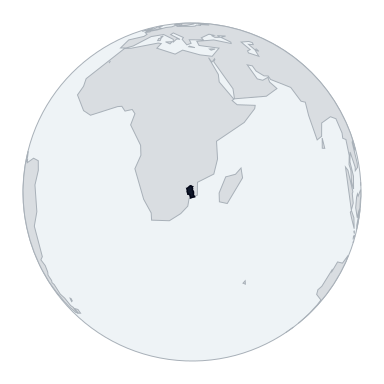 globe centered on Gaza, rotated 8°
{"feature_id": "MOZ-1207", "entity_name": "Gaza", "entity_type": "Province", "adm_level": 1, "iso_a3": "MOZ", "parent_name": "Mozambique", "parent_adm1": "", "projection": "orthographic", "projection_center": [33.324, -23.335], "detail": "fine", "context": "on_globe", "style": "filled", "palette": "ink", "viewbox_px": 384, "rotation_deg": 8, "n_neighbors": 0, "source": "natural_earth", "source_scale": "10m", "svg_char_len": 6753}
<svg xmlns="http://www.w3.org/2000/svg" viewBox="0 0 384 384"><g transform="rotate(8 192 192)"><circle cx="192" cy="192" r="169" fill="#eef3f6" stroke="#a8b0b8"/><path d="M23.9,175.5L24.2,174.4L24.3,179.5L24.0,184.4L24.7,183.3L24.8,185.9L30.4,180.6L35.4,182.4L36.8,192.0L35.5,206.9L41.1,233.1L40.6,247.8L45.1,258.5L52.8,276.9L51.8,280.2L56.9,285.3L60.3,291.4L61.0,294.4L65.3,299.2L66.0,301.3L68.4,302.8L75.7,311.4L80.7,314.8L87.6,321.3L90.9,323.0L91.2,323.8L93.2,325.6L95.4,327.0L93.8,327.5L86.5,322.8L81.9,319.1L82.3,319.7L72.1,310.2L74.7,313.0L63.2,301.2L54.1,289.6L50.6,284.4L44.0,273.5L38.3,262.2L33.5,250.4L29.5,238.4L26.5,226.0L24.4,213.5L23.3,200.8L23.1,188.1L23.9,175.5ZM98.5,327.5L94.9,328.1L96.0,327.4L91.7,323.7L95.4,324.2L98.5,327.5ZM88.0,317.3L86.0,314.1L87.0,314.3L88.6,316.5L88.0,317.3ZM199.1,23.2L198.1,23.2L191.8,23.0L196.8,23.3L196.8,23.2L199.9,23.3L202.2,23.3L202.7,23.4L204.6,23.5L216.5,24.8L228.4,27.0L240.1,30.0L251.6,33.9L262.8,38.6L273.6,44.0L284.0,50.3L293.9,57.2L303.3,64.8L312.1,73.1L320.3,82.0L327.8,91.5L334.7,101.5L340.8,111.9L346.1,122.8L345.6,121.9L346.4,124.1L343.8,118.7L343.7,120.7L351.5,140.2L352.5,144.6L350.7,148.2L350.1,144.6L343.0,130.4L344.2,140.1L349.7,153.9L351.6,166.6L348.5,159.6L346.3,148.3L343.7,143.0L342.6,134.0L337.1,118.6L333.8,117.8L332.4,112.7L324.3,99.4L318.6,98.2L310.8,105.6L312.6,118.8L308.7,123.0L296.9,100.1L291.7,87.3L287.3,86.9L275.2,74.7L254.1,69.6L251.2,66.5L247.2,67.0L238.6,63.3L234.2,58.7L229.0,58.4L240.9,70.9L246.5,71.5L251.2,67.9L253.5,72.3L261.7,77.7L252.3,86.8L221.1,93.8L218.2,84.0L195.4,60.0L196.2,57.6L196.1,57.4L195.8,56.9L193.6,60.7L189.7,56.7L201.7,71.9L203.6,79.2L220.6,94.3L219.0,95.8L224.5,99.3L242.5,97.4L242.5,100.7L234.0,115.9L209.2,138.3L212.7,155.7L211.1,171.2L196.1,181.6L197.7,194.4L190.0,199.1L189.8,206.6L183.8,215.0L173.6,223.6L155.9,225.5L154.5,218.4L145.2,206.0L132.2,176.9L136.3,162.7L134.6,152.9L121.9,134.1L124.6,122.4L121.3,118.6L114.4,121.2L110.6,116.9L106.4,117.8L80.8,130.1L73.3,126.5L65.1,111.8L69.9,102.4L71.4,94.5L105.2,59.3L111.8,58.1L137.8,49.2L140.9,49.3L137.2,54.5L156.1,57.8L163.0,52.8L180.8,55.1L193.1,54.8L198.7,45.8L178.6,45.9L175.8,42.1L192.4,38.4L210.1,39.5L209.6,38.2L199.0,34.8L203.6,32.9L195.3,33.6L198.3,34.9L193.2,35.7L190.2,34.6L191.9,33.8L186.8,33.4L179.8,38.0L182.0,39.8L168.1,41.6L170.4,44.9L166.4,47.0L161.0,42.2L162.0,40.2L151.3,37.1L149.0,39.1L158.9,42.5L155.6,42.5L152.6,46.1L152.2,43.4L142.0,40.0L129.9,43.8L113.4,55.6L106.5,58.6L101.2,59.3L108.2,50.2L122.8,44.6L125.5,42.1L123.5,40.6L128.1,39.3L129.0,38.3L134.6,36.5L143.4,32.7L149.2,31.2L153.5,28.7L157.1,27.9L153.5,29.4L154.2,30.1L168.8,28.0L171.9,27.3L173.5,26.0L177.3,25.9L177.0,25.0L185.8,24.3L174.8,24.7L176.4,24.0L182.2,23.4L180.8,23.4L171.4,24.5L169.4,25.0L170.8,25.2L163.8,27.6L158.6,28.7L158.5,27.1L151.1,28.7L154.3,27.4L161.7,25.8L174.1,24.0L186.5,23.1L199.1,23.2ZM93.0,73.6L91.9,75.9L93.0,73.6ZM228.6,46.4L239.3,48.3L234.8,42.8L238.6,43.3L235.7,41.4L234.5,42.4L227.4,37.9L232.1,37.5L231.0,35.7L227.3,35.0L219.8,36.7L229.8,42.9L227.3,44.5L228.6,46.4ZM128.8,35.8L130.4,35.4L127.7,36.8L120.4,39.9L124.1,37.8L128.8,35.8ZM133.2,34.8L135.2,33.0L139.9,31.5L136.9,32.6L139.8,31.7L135.8,33.3L138.3,34.0L136.2,35.4L123.7,39.6L129.0,37.3L127.1,37.6L133.2,34.8ZM144.9,47.0L147.4,46.7L151.4,45.9L149.6,48.4L144.9,47.0ZM137.7,44.6L140.1,43.8L139.4,46.5L136.9,46.9L137.7,44.6ZM141.9,41.4L140.2,43.6L139.6,42.7L141.9,41.4ZM155.8,28.9L158.3,28.4L158.4,28.6L156.7,29.3L155.8,28.9ZM195.0,47.2L191.2,48.9L189.4,48.0L191.1,47.6L195.0,47.2ZM169.1,47.9L174.8,48.6L168.5,48.6L169.1,47.9ZM257.0,272.5L257.7,275.8L255.2,275.2L257.0,272.5ZM240.1,171.0L228.5,198.5L220.5,197.9L219.0,189.2L223.3,172.3L232.6,168.4L237.2,161.4L240.1,171.0ZM358.1,212.7L358.2,215.9L358.1,216.6L358.1,212.7ZM358.1,207.6L358.6,210.6L357.8,208.8L358.1,207.6ZM358.7,211.8L359.1,213.3L359.3,213.4L359.0,214.7L358.7,211.8ZM357.7,205.8L353.7,195.8L351.6,190.0L352.5,188.2L355.9,195.0L357.7,205.8ZM352.3,187.8L348.6,174.6L340.5,145.9L343.4,148.8L351.3,169.4L350.9,171.2L353.2,180.5L352.3,187.8ZM359.7,188.1L359.2,194.5L357.4,188.4L356.3,184.8L355.7,174.3L356.1,170.8L357.1,172.9L358.7,166.1L359.8,172.6L359.8,176.2L360.5,184.5L359.7,188.1ZM313.4,120.4L317.4,130.3L314.9,130.5L313.4,120.4ZM357.9,160.2L358.2,162.3L357.6,158.7L357.9,160.2ZM348.0,128.1L347.0,126.7L346.2,124.5L346.9,125.1L348.0,128.1ZM304.3,318.2L305.0,317.6L311.2,311.7L310.9,312.1L304.3,318.2ZM315.5,307.3L319.1,303.2L326.8,293.8L326.1,294.3L329.4,290.3L327.2,292.8L331.7,286.3L334.7,281.0L329.7,276.1L330.3,271.2L333.7,267.3L341.4,249.9L341.6,251.3L345.9,241.0L350.9,241.5L355.6,232.8L354.2,239.2L354.4,238.7L350.2,251.3L345.1,263.5L339.0,275.3L332.0,286.6L324.2,297.3L315.5,307.3ZM358.7,219.3L358.3,219.7L359.0,217.8L358.8,218.9L358.7,219.3ZM360.9,189.2L360.7,187.7L360.8,193.0L361.0,193.7L360.8,195.0L360.4,204.5L360.1,206.4L360.6,196.4L360.0,203.6L359.8,201.9L360.2,194.3L360.6,187.5L360.8,185.6L360.9,187.6L360.9,189.2Z" fill="#d9dde1" stroke="#a8b0b8" stroke-width="1"/><path d="M189.6,186.0L189.9,186.2L189.9,186.3L190.1,186.2L190.1,186.3L190.6,186.5L190.9,186.6L191.0,186.6L191.0,186.8L191.3,186.9L191.4,186.7L191.5,186.6L191.8,186.6L191.7,186.8L191.6,187.0L191.5,187.4L191.5,187.5L191.8,187.9L192.0,188.1L192.0,188.3L192.1,188.5L192.1,188.8L192.1,189.1L192.0,189.3L191.9,189.5L192.0,189.8L192.1,190.0L192.3,190.2L192.3,190.3L192.5,190.4L192.6,190.5L192.8,190.6L192.9,190.8L193.0,190.9L193.0,191.0L193.1,191.3L193.3,191.4L193.4,191.5L193.5,191.8L193.5,192.0L193.4,192.1L193.5,192.3L193.5,192.5L193.7,192.8L193.5,193.0L193.6,193.3L193.6,193.5L193.6,193.8L193.6,194.0L193.8,194.2L193.8,194.9L194.2,195.5L194.3,195.5L194.5,195.5L194.5,195.4L194.8,195.4L195.0,195.3L194.9,195.4L194.9,195.5L195.1,195.8L194.7,196.0L194.7,196.3L194.9,196.3L195.0,196.3L195.1,196.5L194.7,196.6L194.4,196.8L194.2,196.8L193.6,197.0L193.1,197.2L192.7,197.4L192.4,197.5L192.0,197.8L191.9,197.8L191.9,197.7L192.0,197.7L191.9,197.7L191.8,197.8L191.7,197.8L191.8,197.8L191.7,197.9L191.5,198.0L191.5,197.9L191.5,197.7L191.4,197.6L191.2,197.5L191.1,197.4L191.1,197.2L190.9,197.1L190.9,196.7L191.0,196.7L190.9,196.6L191.0,196.3L190.9,196.2L190.7,196.1L190.5,195.7L190.4,195.6L190.4,195.2L190.2,195.1L189.9,195.1L189.7,195.0L189.6,194.8L189.2,194.7L188.9,194.7L188.7,194.6L188.3,194.8L188.2,194.8L188.1,194.5L188.1,194.3L188.0,193.8L188.0,193.7L187.8,193.6L187.7,193.5L187.6,193.2L187.5,192.9L187.2,192.5L187.1,192.4L187.2,191.6L187.0,190.9L186.8,190.6L186.7,190.1L186.6,189.7L186.4,189.3L186.5,189.3L186.7,189.1L186.8,189.0L187.0,188.8L187.1,188.7L187.3,188.5L187.4,188.3L187.7,188.0L187.8,187.9L188.0,187.7L188.4,187.2L188.5,187.0L188.7,186.9L188.8,186.7L189.0,186.6L189.1,186.4L189.3,186.2L189.5,186.0L189.6,186.0Z" fill="#0f172a" stroke="#020617" stroke-width="1.5"/></g></svg>